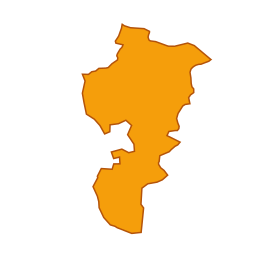 SVG path tracing the border of Jelgava, rotated 197°
{"feature_id": "LVA-1084", "entity_name": "Jelgava", "entity_type": "Municipality", "adm_level": 1, "iso_a3": "LVA", "parent_name": "Latvia", "parent_adm1": "", "projection": "mercator", "projection_center": [23.638, 56.61], "detail": "fine", "context": "isolated", "style": "filled", "palette": "amber", "viewbox_px": 256, "rotation_deg": 197, "n_neighbors": 0, "source": "natural_earth", "source_scale": "10m", "svg_char_len": 1624}
<svg xmlns="http://www.w3.org/2000/svg" viewBox="0 0 256 256"><g transform="rotate(197 128 128)"><path d="M95.7,226.7L88.7,226.2L68.7,217.7L68.8,217.6L70.1,215.6L76.9,210.3L78.9,209.6L81.2,208.1L82.6,206.7L84.0,204.8L85.0,202.6L85.0,199.4L82.5,194.3L80.6,189.1L78.9,186.1L76.6,184.6L75.5,181.1L76.0,180.4L78.0,177.8L78.3,176.5L78.9,174.8L75.9,169.3L80.3,167.2L82.1,165.0L84.4,156.6L84.3,151.3L81.8,147.3L79.6,144.6L79.2,142.2L80.1,140.0L82.3,139.3L87.9,136.6L88.5,132.1L74.1,129.7L75.5,126.4L77.7,124.2L80.4,119.9L81.6,117.4L87.7,112.3L89.5,110.8L89.2,109.2L88.4,105.0L88.7,103.8L88.1,102.2L85.1,99.5L81.2,98.0L76.3,94.5L80.0,88.5L84.4,84.7L92.8,80.4L97.1,74.5L93.3,58.8L89.7,56.1L84.9,32.0L93.6,28.3L109.2,29.5L111.7,30.2L116.6,30.2L125.0,35.3L132.3,43.3L134.4,49.0L137.4,53.9L144.3,61.7L142.4,71.6L143.2,72.9L141.7,81.4L131.1,83.9L131.1,89.5L125.2,91.4L127.6,97.7L132.8,94.6L136.9,100.2L127.7,106.0L120.1,104.6L115.0,107.6L117.6,114.3L126.4,121.5L125.3,131.5L132.3,134.8L138.4,129.3L146.1,125.8L144.3,119.1L148.6,115.5L155.6,122.2L162.8,126.6L171.8,129.1L177.3,139.1L181.8,147.9L182.8,160.4L187.3,166.1L181.5,167.7L179.1,171.2L175.6,173.0L173.3,176.5L166.7,178.8L164.6,180.0L162.0,185.0L159.3,188.3L158.0,190.0L158.1,191.3L158.4,192.3L159.8,193.7L159.9,195.4L159.4,197.8L158.5,201.3L157.6,202.9L157.2,204.2L157.1,206.1L164.4,205.6L165.5,207.4L164.4,211.0L163.8,213.3L163.4,221.6L163.9,225.4L163.9,225.5L161.4,224.7L155.0,224.6L141.7,227.7L135.7,226.7L135.4,225.5L135.6,223.3L135.4,220.8L133.8,218.4L132.2,217.8L126.9,218.7L113.5,218.0L107.3,219.8L95.7,226.7Z" fill="#f59e0b" stroke="#b45309" stroke-width="1.5"/></g></svg>